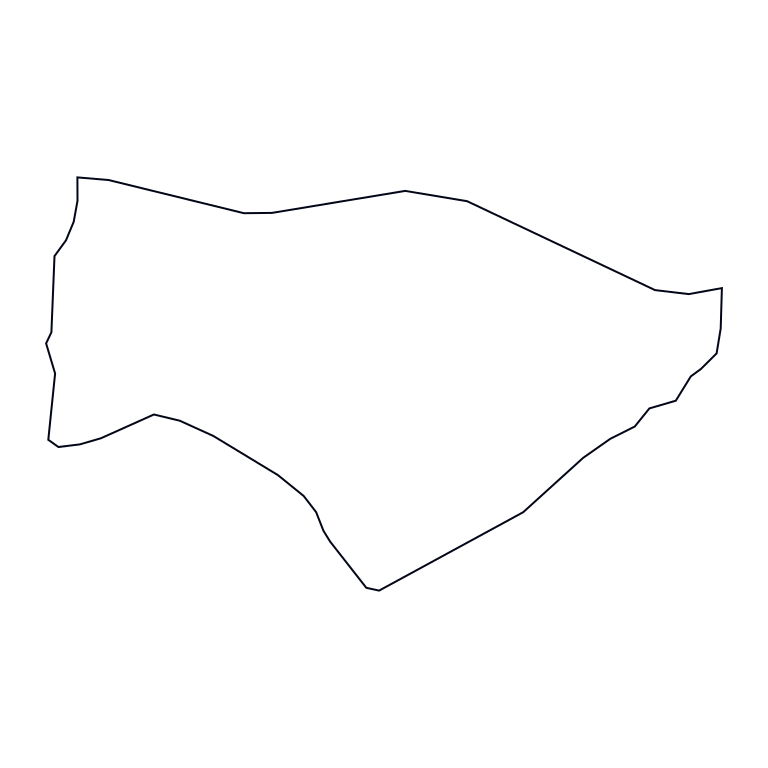 SVG path tracing the border of Kranjska Gora
{"feature_id": "SVN-1014", "entity_name": "Kranjska Gora", "entity_type": "Municipality", "adm_level": 1, "iso_a3": "SVN", "parent_name": "Slovenia", "parent_adm1": "", "projection": "orthographic", "projection_center": [13.827, 46.45], "detail": "fine", "context": "isolated", "style": "outline", "palette": "ink", "viewbox_px": 768, "rotation_deg": 0, "n_neighbors": 0, "source": "natural_earth", "source_scale": "10m", "svg_char_len": 607}
<svg xmlns="http://www.w3.org/2000/svg" viewBox="0 0 768 768"><path d="M46.1,343.4L51.4,332.3L54.5,256.1L66.0,240.3L73.7,221.8L77.5,200.8L77.4,177.4L108.4,180.0L243.9,213.2L271.9,212.9L405.1,190.9L467.1,201.2L655.0,290.1L688.8,294.1L721.9,288.1L720.7,328.5L716.6,353.4L701.0,368.9L690.8,376.4L675.8,400.7L649.4,408.4L634.8,426.5L610.3,438.8L583.2,457.8L523.2,512.2L379.1,590.6L366.3,587.8L330.2,541.7L323.5,530.9L316.1,512.1L303.7,496.0L277.9,475.1L213.4,436.0L179.7,420.7L153.9,414.5L100.8,438.3L79.8,444.4L58.4,447.0L48.3,439.8L55.1,373.5L46.1,343.4Z" fill="none" stroke="#020617" stroke-width="2"/></svg>